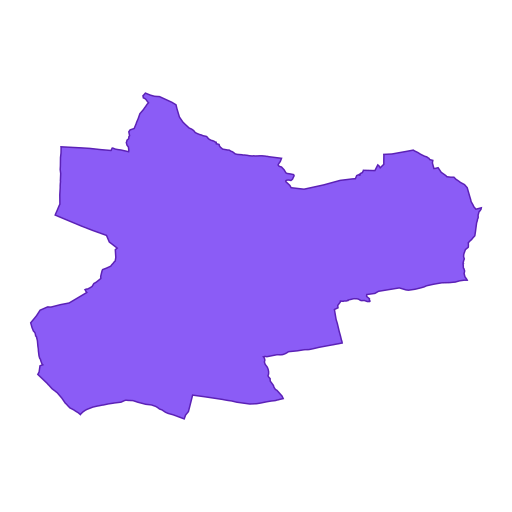 the district of "Evje og Hornnes" nor, Aust-Agder, Norway
{"feature_id": "86288312B17252919876128", "entity_name": "\"Evje og Hornnes\" nor", "entity_type": "district", "adm_level": 2, "iso_a3": "NOR", "parent_name": "Norway", "parent_adm1": "Aust-Agder", "projection": "robinson", "projection_center": [7.751, 58.587], "detail": "fine", "context": "isolated", "style": "filled", "palette": "violet", "viewbox_px": 512, "rotation_deg": 0, "n_neighbors": 0, "source": "geoboundaries", "source_scale": "gbopen_adm2", "svg_char_len": 5997}
<svg xmlns="http://www.w3.org/2000/svg" viewBox="0 0 512 512"><path d="M378.5,291.3L399.3,287.9L406.0,289.9L408.5,290.2L414.7,289.3L416.1,289.0L420.9,287.8L424.1,286.9L426.0,286.0L426.9,285.7L433.7,284.2L439.4,283.2L440.1,283.1L441.8,282.8L449.8,282.6L453.5,282.2L455.1,282.1L459.7,280.8L464.1,280.2L467.2,280.2L466.9,279.5L464.9,276.7L464.4,274.6L464.1,273.7L464.6,271.1L464.6,270.8L464.2,269.8L464.1,269.0L463.5,268.2L463.3,267.3L463.3,265.9L463.1,264.2L463.4,263.8L463.1,263.6L463.1,263.0L463.7,260.5L464.3,258.9L463.6,256.7L463.7,254.7L464.0,253.5L465.4,249.6L468.2,247.3L468.4,246.2L468.4,243.7L468.2,242.9L470.5,240.4L471.4,239.8L472.8,238.0L474.8,235.8L475.4,232.0L476.6,222.9L476.9,221.9L477.3,220.7L477.5,219.2L478.0,218.2L478.2,217.3L478.1,215.5L478.2,214.8L479.0,211.9L479.8,211.0L481.0,209.3L481.3,207.8L475.9,209.2L474.5,207.5L474.0,207.0L473.5,206.1L473.3,205.5L471.0,201.4L470.8,200.1L470.4,198.7L470.0,197.4L467.2,187.7L464.5,184.6L460.2,182.3L459.4,181.6L457.1,180.0L456.2,179.5L453.9,177.2L450.7,177.2L446.8,176.7L446.5,176.3L445.7,175.5L441.2,172.3L438.1,167.7L435.4,168.4L433.9,168.5L432.5,163.4L432.4,162.8L432.8,160.4L429.8,159.6L428.9,158.3L427.8,157.7L426.8,156.9L424.5,156.2L420.5,154.2L417.8,152.5L414.3,150.8L413.3,150.1L406.9,151.3L391.9,154.0L383.8,154.4L383.9,155.4L383.8,160.2L383.8,164.3L380.2,167.8L379.0,165.9L377.8,164.9L374.9,170.6L363.4,170.3L363.3,170.8L362.4,172.5L361.4,173.1L361.1,173.1L360.1,173.9L359.6,174.2L360.1,174.9L359.7,175.1L359.4,174.8L359.2,175.0L359.0,174.8L358.8,174.7L358.5,174.9L358.0,175.0L356.7,175.6L355.4,178.7L352.4,178.9L340.1,180.4L323.7,184.9L304.0,189.2L291.1,187.7L289.9,185.5L289.2,184.8L286.0,181.8L285.8,181.5L285.9,180.6L287.2,180.1L288.9,180.0L290.9,180.5L292.5,179.2L293.3,177.4L294.1,175.8L293.6,174.6L290.7,174.0L286.9,173.4L286.1,173.0L285.4,172.0L284.1,169.8L281.5,167.0L279.2,166.3L278.1,165.0L278.3,164.4L278.7,163.7L280.3,161.5L281.5,158.3L268.8,156.7L267.6,156.4L266.1,156.3L265.2,156.1L261.9,155.8L259.5,155.8L258.2,155.9L255.3,156.0L253.3,155.8L252.4,156.0L249.2,155.7L247.1,155.3L245.2,155.1L244.8,155.0L243.0,155.0L241.7,154.7L237.4,154.4L235.2,153.9L233.4,152.4L232.1,151.6L230.9,151.2L229.2,150.1L227.4,150.0L226.0,149.7L222.6,149.1L221.5,148.1L220.4,147.2L219.4,145.8L219.1,144.5L217.6,144.0L216.3,143.8L216.2,142.3L215.4,142.2L215.1,141.9L214.3,141.4L213.3,140.9L212.9,140.9L212.1,140.5L211.3,140.4L209.1,139.2L207.9,138.2L207.8,137.8L207.0,136.9L206.3,136.4L203.0,135.7L201.2,134.9L199.8,134.6L196.9,133.4L195.2,132.5L193.6,130.5L191.6,129.1L189.1,128.0L187.3,126.3L186.2,125.3L184.9,124.1L182.8,122.0L179.4,117.0L176.9,108.6L176.0,104.8L171.9,102.3L159.5,96.6L154.6,96.3L150.3,95.1L145.4,93.1L144.3,94.4L143.8,94.9L142.9,95.9L143.2,96.7L143.3,97.8L144.9,98.6L145.8,99.3L147.6,101.8L148.5,102.8L147.0,104.4L145.5,106.7L144.7,107.7L143.5,109.5L139.9,113.7L138.2,118.6L136.6,122.3L136.0,124.2L135.6,125.0L135.4,125.6L134.7,127.2L134.3,128.3L134.2,128.5L130.1,129.9L128.8,131.8L129.4,134.8L129.6,135.7L128.8,136.9L128.8,137.5L128.7,138.7L127.0,140.2L126.7,141.7L126.3,142.5L127.0,145.2L128.4,147.0L128.8,150.5L128.6,151.7L121.0,150.0L118.0,149.6L115.3,149.1L112.9,148.1L112.2,148.1L111.4,149.7L111.3,150.2L111.0,150.5L100.5,149.6L89.8,148.4L81.7,147.9L61.0,146.8L61.1,147.8L61.0,153.2L60.5,157.5L60.4,166.0L60.2,169.5L60.7,173.6L60.4,180.7L60.5,181.6L60.3,183.7L60.2,185.7L60.2,187.8L59.8,194.9L59.9,204.2L59.1,205.8L57.3,210.1L55.5,214.2L55.2,215.1L82.0,226.3L92.6,230.4L106.5,235.4L109.3,242.0L117.2,248.1L115.3,249.7L115.8,257.5L115.2,261.0L114.2,261.9L113.0,263.5L112.0,264.5L110.7,266.2L106.3,268.2L102.6,269.6L102.0,271.0L100.7,276.4L100.8,278.5L96.2,282.2L93.9,283.5L93.4,284.3L92.1,286.5L89.8,287.9L87.4,289.1L86.2,289.1L85.0,289.7L85.4,290.2L85.8,291.1L86.8,292.5L71.8,301.4L69.1,303.0L60.7,304.6L50.9,307.1L49.8,307.0L49.2,307.1L48.5,306.9L48.0,307.1L47.6,306.9L40.1,310.2L36.4,315.9L30.7,322.8L32.0,327.5L33.4,331.0L34.4,332.0L35.1,333.1L35.6,335.4L35.6,335.9L36.4,336.6L37.4,340.7L37.9,346.2L38.3,348.9L38.4,351.0L39.0,355.8L39.7,358.3L40.4,359.2L40.9,361.1L41.9,363.7L42.3,364.5L42.7,364.8L40.0,365.8L39.1,372.0L37.8,374.4L47.3,383.5L48.2,384.6L48.8,385.1L52.0,388.7L57.3,392.8L61.9,398.2L65.4,403.3L66.4,404.1L67.6,405.5L69.9,407.9L73.6,409.8L76.3,411.6L78.2,412.7L80.4,414.6L81.0,413.7L81.7,413.1L82.7,412.1L85.2,410.3L86.9,409.4L92.8,407.1L97.1,406.1L99.4,405.7L102.2,405.1L103.3,405.0L108.3,403.9L113.1,403.2L114.1,403.0L120.7,402.2L121.2,402.1L124.4,400.6L125.7,400.2L126.4,400.2L128.0,400.4L133.0,400.6L136.3,401.7L137.4,402.1L145.8,404.3L151.4,404.9L155.7,406.4L157.4,407.4L158.5,408.2L159.5,409.0L162.0,409.9L165.4,412.2L168.1,413.4L173.2,414.8L184.2,418.9L185.6,415.0L188.4,411.6L189.4,407.8L192.6,395.1L205.0,396.8L222.3,399.4L224.8,399.9L228.2,400.5L231.4,400.9L236.8,402.2L249.7,404.0L256.7,403.7L260.8,403.0L266.6,401.8L271.3,401.0L274.3,400.7L275.7,400.5L276.8,400.1L278.8,399.7L279.3,399.5L283.2,398.6L282.0,396.0L276.9,390.3L275.8,389.7L275.0,388.9L273.9,387.1L273.4,385.4L270.3,381.2L270.1,379.7L270.1,378.6L268.7,377.1L268.0,375.8L268.6,373.9L268.6,371.6L268.1,369.2L267.3,367.2L265.2,364.4L264.6,362.8L264.4,361.8L264.8,360.5L264.8,359.7L264.3,358.0L263.4,356.8L265.0,356.4L266.9,356.7L276.0,354.9L277.0,354.7L280.7,354.8L282.7,354.6L284.9,353.8L286.5,353.0L288.5,351.7L297.5,350.8L304.3,349.7L308.8,349.6L313.2,348.7L319.1,347.3L342.2,343.0L341.9,341.3L341.4,339.9L340.5,336.1L339.2,331.4L337.3,323.4L336.1,319.5L334.4,309.5L338.0,307.8L337.7,305.5L340.3,302.0L340.4,301.1L343.2,301.3L344.1,301.0L346.1,301.0L348.1,300.5L348.1,300.0L350.9,299.4L353.2,298.8L354.5,298.7L356.1,298.8L356.4,298.7L358.0,299.0L359.2,299.5L359.8,300.0L360.4,300.2L361.1,300.6L364.4,300.5L367.2,301.5L367.9,301.6L368.6,301.5L369.0,301.6L369.4,301.6L369.8,301.4L370.0,301.1L369.9,300.8L369.5,300.3L369.3,299.8L369.5,298.9L369.4,298.7L366.7,296.5L366.6,296.3L366.6,295.6L366.8,295.1L366.8,294.9L367.0,294.7L366.9,294.5L374.9,293.4L378.5,291.3Z" fill="#8b5cf6" stroke="#5b21b6" stroke-width="1.5"/></svg>